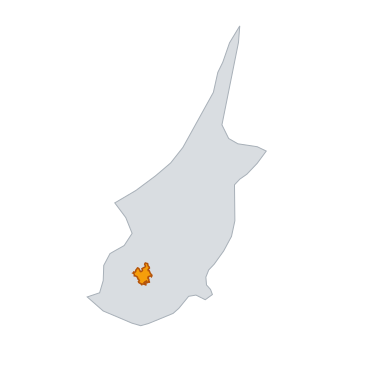 Mylikouri, Nicosia, Cyprus (highlighted), rotated 317°
{"feature_id": "46923920B19881543279373", "entity_name": "Mylikouri", "entity_type": "district", "adm_level": 2, "iso_a3": "CYP", "parent_name": "Cyprus", "parent_adm1": "Nicosia", "projection": "natural_earth1", "projection_center": [32.723, 34.946], "detail": "fine", "context": "in_parent", "style": "filled", "palette": "amber", "viewbox_px": 384, "rotation_deg": 317, "n_neighbors": 0, "source": "geoboundaries", "source_scale": "gbopen_adm2", "svg_char_len": 3385}
<svg xmlns="http://www.w3.org/2000/svg" viewBox="0 0 384 384"><g transform="rotate(317 192 192)"><path d="M270.6,203.4L274.2,212.7L259.2,215.5L244.2,216.4L235.8,215.2L228.0,215.7L203.7,242.3L190.6,251.4L175.0,256.7L159.1,259.9L151.1,260.4L144.1,263.7L139.2,269.9L139.1,275.9L137.0,280.9L128.2,279.8L124.6,270.1L118.4,266.0L103.0,268.1L95.4,267.9L70.7,258.6L63.3,254.8L58.6,246.9L45.9,218.4L43.8,197.3L55.7,202.7L66.7,196.2L77.4,185.5L90.1,181.1L98.0,183.0L105.9,184.9L120.0,181.4L126.1,165.6L128.1,147.3L152.0,152.6L176.3,155.3L196.2,156.2L215.7,153.2L275.6,133.7L292.5,122.1L303.0,118.1L321.2,108.5L340.2,103.1L328.0,114.3L259.7,163.3L255.3,177.9L258.4,188.0L268.1,200.2L270.6,203.4Z" fill="#d9dde1" stroke="#a8b0b8" stroke-width="1"/><path d="M109.8,212.6L109.5,212.1L109.0,212.1L108.4,212.4L107.8,212.9L107.8,213.7L107.4,214.5L106.8,214.7L105.9,214.8L105.2,214.4L103.9,214.1L103.0,214.0L102.8,214.8L102.4,215.5L101.3,215.7L100.5,215.5L100.0,215.1L100.0,214.5L100.4,214.0L100.4,213.3L100.6,212.8L100.9,212.0L100.8,211.2L100.5,210.4L100.0,210.4L99.4,210.6L98.6,210.7L97.4,210.9L97.0,211.5L96.1,211.8L95.4,211.6L94.9,210.8L94.3,211.2L93.5,211.0L93.7,211.6L93.8,211.9L93.8,212.4L93.6,212.9L93.5,213.0L93.1,213.4L92.6,214.0L92.8,214.2L93.0,214.3L93.5,214.8L93.6,215.0L93.6,215.6L93.9,216.3L94.0,216.4L94.0,216.9L93.9,217.0L93.9,217.3L93.8,217.5L93.6,217.7L93.6,217.9L93.5,218.0L93.4,218.3L93.3,218.5L93.2,218.7L93.2,218.9L93.1,219.2L93.2,219.7L93.3,219.7L93.2,220.0L93.2,220.8L92.8,220.9L92.5,221.1L92.0,221.0L91.9,221.0L91.7,221.0L91.6,221.3L91.5,221.5L91.5,221.9L91.4,222.1L91.5,222.3L91.6,222.7L91.7,222.9L91.7,223.2L91.8,223.3L91.8,223.5L92.1,224.0L92.2,224.4L92.2,224.5L92.3,224.7L92.1,224.8L92.0,225.0L91.9,225.1L91.9,225.4L92.0,225.5L92.1,225.4L92.3,225.2L92.6,225.4L93.3,225.7L94.4,227.4L94.6,227.8L94.7,228.2L94.8,228.3L94.9,228.5L95.0,228.5L95.0,228.3L95.0,228.1L95.0,227.9L95.2,227.7L95.3,227.6L95.3,227.4L95.4,227.0L95.3,226.8L95.4,226.7L95.3,226.3L95.1,226.2L95.1,225.8L95.1,225.7L95.4,225.8L95.9,225.6L96.2,225.6L96.5,225.6L96.8,225.7L97.0,226.0L97.3,226.0L97.8,225.9L98.1,226.0L98.1,226.4L98.0,226.5L97.8,226.7L97.7,226.8L97.4,227.0L97.2,227.2L97.0,227.3L96.8,227.2L96.7,227.2L96.4,227.3L96.5,227.4L96.8,227.4L96.9,227.5L97.2,227.7L97.4,227.8L97.7,227.8L97.9,227.9L98.0,227.9L98.2,228.1L98.3,228.1L98.7,228.1L98.9,228.5L99.3,228.9L99.5,228.7L99.6,228.3L99.7,228.1L99.7,227.9L99.8,227.9L99.8,227.6L99.9,227.4L100.0,227.2L100.3,227.0L100.6,226.9L100.8,226.5L100.9,226.2L100.9,225.9L100.9,225.7L100.9,225.3L100.9,225.1L101.0,224.9L101.1,224.7L101.4,224.8L101.4,224.7L101.8,224.5L102.0,224.4L102.2,224.1L102.4,224.1L102.7,224.5L103.0,224.5L103.3,224.5L103.8,224.8L104.2,225.0L104.6,225.2L104.5,225.4L104.5,225.9L104.5,226.1L104.5,226.3L104.8,226.2L105.0,226.2L105.4,225.9L105.5,225.9L105.8,225.7L106.0,225.4L105.9,225.1L105.9,224.7L106.0,224.3L106.0,224.0L106.0,223.6L106.0,223.1L106.2,222.6L106.3,222.2L106.5,221.9L106.6,221.5L106.7,221.2L106.9,220.7L107.0,220.5L107.0,220.3L106.9,220.2L106.6,219.9L106.5,219.7L106.4,219.6L106.6,219.3L106.7,219.1L106.9,218.8L107.3,218.7L107.5,218.7L107.9,218.7L108.3,218.7L108.5,218.7L109.0,218.6L109.3,218.1L109.3,217.9L109.4,217.7L109.5,217.5L109.6,217.2L109.5,216.8L109.5,216.3L109.6,215.8L109.9,215.3L110.2,214.9L110.6,214.5L110.6,214.0L110.5,213.7L110.1,213.3L109.8,212.6Z" fill="#f59e0b" stroke="#b45309" stroke-width="1.5"/></g></svg>